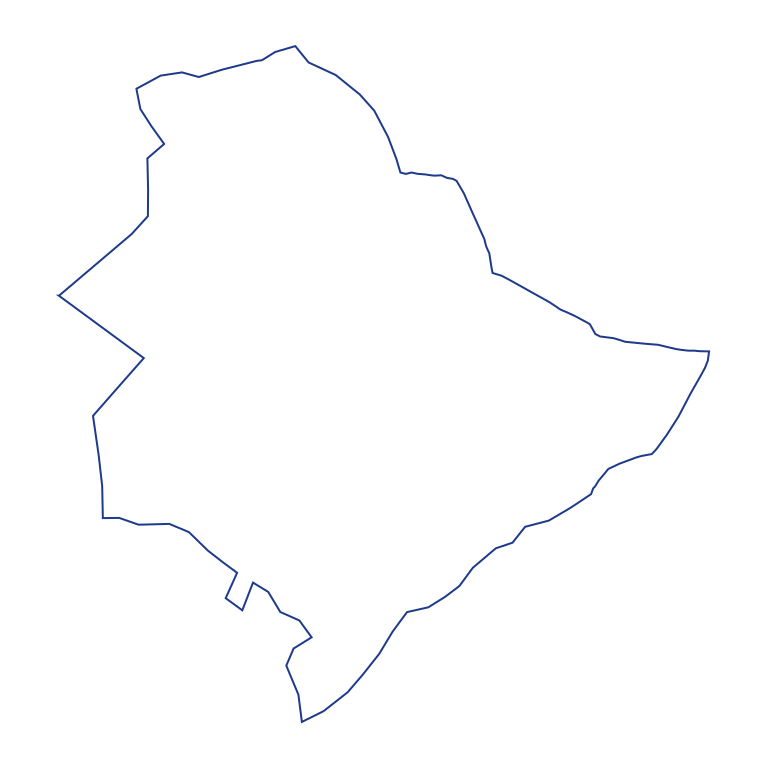 Mandoul Oriental, Mandoul, Chad (Robinson projection)
{"feature_id": "50815135B49309888435923", "entity_name": "Mandoul Oriental", "entity_type": "district", "adm_level": 2, "iso_a3": "TCD", "parent_name": "Chad", "parent_adm1": "Mandoul", "projection": "robinson", "projection_center": [17.725, 9.127], "detail": "fine", "context": "isolated", "style": "outline", "palette": "blue", "viewbox_px": 768, "rotation_deg": 0, "n_neighbors": 0, "source": "geoboundaries", "source_scale": "gbopen_adm2", "svg_char_len": 2136}
<svg xmlns="http://www.w3.org/2000/svg" viewBox="0 0 768 768"><path d="M102.8,518.1L119.2,517.9L138.6,524.7L169.3,523.9L188.9,532.1L207.9,550.6L221.7,561.4L237.1,572.8L225.7,598.2L242.3,610.3L253.0,582.6L268.2,591.9L280.3,612.0L299.4,620.5L311.6,637.3L293.6,648.5L286.3,665.6L298.4,694.7L301.9,721.9L323.5,711.2L347.6,692.3L362.8,674.6L379.1,654.0L392.7,631.5L407.0,612.1L428.3,607.3L445.0,596.9L459.4,586.0L472.8,567.8L495.8,548.3L512.5,542.7L525.1,526.8L548.8,520.6L570.5,507.8L591.1,494.1L593.2,488.3L594.8,486.8L597.7,482.2L598.8,480.4L603.7,474.6L605.6,472.3L606.6,471.0L608.4,468.9L619.7,463.6L636.7,457.3L641.4,456.0L646.1,455.1L651.8,454.1L652.3,453.5L655.3,450.4L656.6,448.9L658.0,447.0L663.9,438.8L665.1,437.2L666.6,435.2L678.4,416.7L680.9,412.0L683.3,407.4L690.3,394.0L701.6,374.1L705.1,367.6L707.8,360.7L709.1,351.4L699.5,351.2L694.7,350.7L688.5,350.7L681.8,349.9L676.7,349.2L673.7,348.5L664.8,346.4L658.2,344.8L653.4,344.4L647.1,343.9L644.7,343.7L625.3,341.8L620.0,340.1L613.7,338.2L601.9,336.7L600.1,336.5L599.0,335.9L595.3,334.0L589.9,324.2L587.0,322.5L575.1,316.1L574.9,316.0L574.3,315.7L566.9,312.3L560.5,309.6L549.8,302.4L531.9,292.4L507.1,278.6L502.7,276.3L502.1,275.9L498.3,274.7L497.9,274.6L492.6,273.0L492.1,270.8L491.2,265.7L489.3,253.3L487.5,249.4L486.2,246.4L485.4,243.4L485.2,242.8L485.0,241.6L484.4,239.2L480.0,229.5L478.4,225.9L476.9,222.6L476.3,221.1L474.6,217.5L470.9,209.2L466.1,198.4L463.8,193.2L456.6,180.9L453.0,178.9L449.5,178.3L446.8,177.8L444.8,176.9L441.3,175.3L436.8,175.5L436.2,175.6L433.6,175.6L432.2,175.4L431.0,175.3L427.6,174.8L426.0,174.5L417.4,173.8L411.5,172.5L406.0,173.9L404.4,173.5L404.2,173.5L401.1,172.7L400.4,172.5L396.3,158.7L388.0,136.8L374.2,110.6L359.8,94.5L335.7,75.0L308.6,62.5L295.3,46.1L275.1,52.0L262.0,60.2L256.6,60.9L223.1,69.4L221.7,69.8L198.8,77.0L182.0,72.4L160.7,75.6L136.5,88.7L136.4,88.8L140.4,109.1L151.4,126.2L164.1,143.9L164.1,144.0L147.4,158.4L148.1,190.4L147.9,216.2L131.8,233.9L131.7,234.0L59.0,295.7L58.9,295.7L143.8,358.1L117.7,387.7L98.5,409.6L93.0,415.9L98.7,455.4L102.2,486.2L102.8,516.4L102.8,518.1Z" fill="none" stroke="#1e3a8a" stroke-width="2"/></svg>